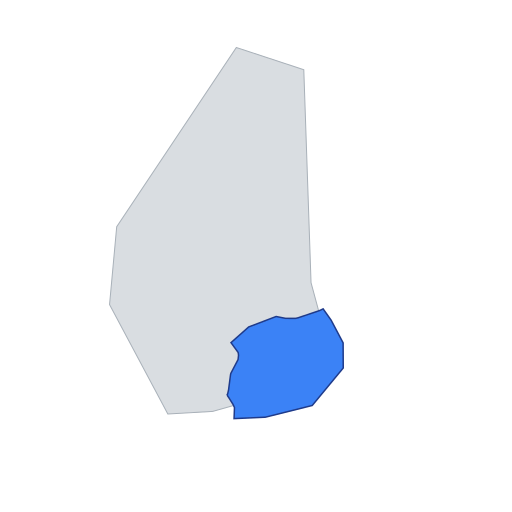 Barbados, with Saint Philip highlighted, rotated 35°
{"feature_id": "BRB-1998", "entity_name": "Saint Philip", "entity_type": "Parish", "adm_level": 1, "iso_a3": "BRB", "parent_name": "Barbados", "parent_adm1": "", "projection": "robinson", "projection_center": [-59.481, 13.137], "detail": "fine", "context": "in_parent", "style": "filled", "palette": "blue", "viewbox_px": 512, "rotation_deg": 35, "n_neighbors": 0, "source": "natural_earth", "source_scale": "10m", "svg_char_len": 662}
<svg xmlns="http://www.w3.org/2000/svg" viewBox="0 0 512 512"><g transform="rotate(35 256 256)"><path d="M309.7,408.1L274.4,436.0L163.9,379.8L125.1,311.9L120.3,96.5L188.3,76.0L316.4,246.3L390.8,308.4L309.7,408.1Z" fill="#d9dde1" stroke="#a8b0b8" stroke-width="1"/><path d="M341.3,260.8L354.4,265.5L377.2,277.2L391.7,297.7L387.8,346.2L356.1,382.7L331.3,401.8L325.3,392.5L322.2,390.7L315.1,387.7L313.0,386.9L311.8,385.9L311.9,385.3L310.3,381.4L303.1,367.6L302.7,366.5L300.7,351.1L298.6,347.3L296.8,345.3L285.2,341.3L290.7,318.3L307.2,294.0L316.0,290.1L324.3,284.3L325.9,282.5L339.4,264.2L341.3,260.8Z" fill="#3b82f6" stroke="#1e3a8a" stroke-width="1.5"/></g></svg>